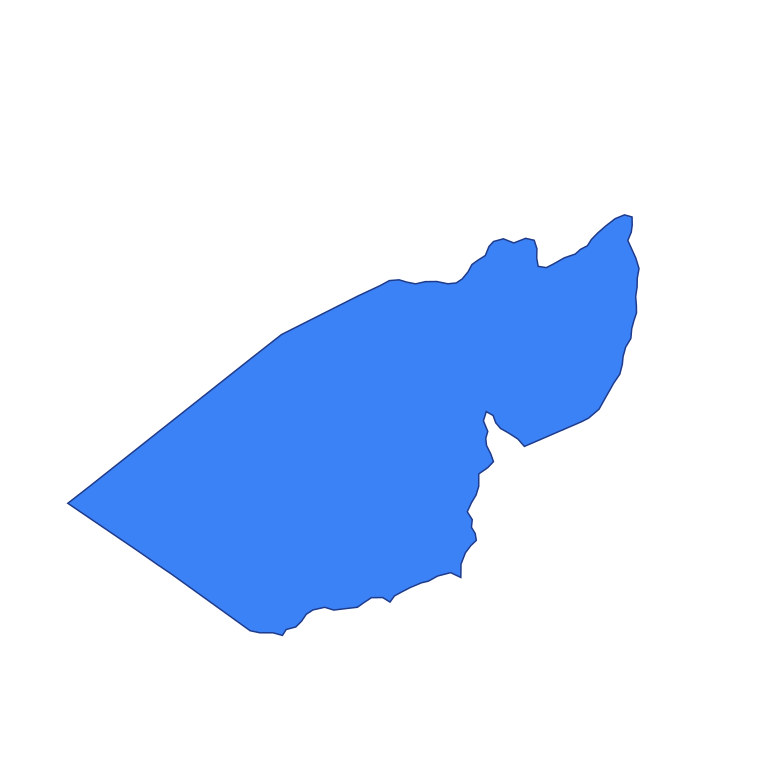 the district of Riacho dos Cavalos, Paraíba, Brazil, rotated 305°
{"feature_id": "56859067B6406172086981", "entity_name": "Riacho dos Cavalos", "entity_type": "district", "adm_level": 2, "iso_a3": "BRA", "parent_name": "Brazil", "parent_adm1": "Paraíba", "projection": "albers", "projection_center": [-37.603, -6.47], "detail": "fine", "context": "isolated", "style": "filled", "palette": "blue", "viewbox_px": 768, "rotation_deg": 305, "n_neighbors": 0, "source": "geoboundaries", "source_scale": "gbopen_adm2", "svg_char_len": 1599}
<svg xmlns="http://www.w3.org/2000/svg" viewBox="0 0 768 768"><g transform="rotate(305 384 384)"><path d="M105.1,415.8L109.0,425.0L116.5,435.7L119.8,445.0L126.8,444.7L134.4,451.1L142.4,452.5L150.8,452.4L158.2,455.4L167.1,463.5L170.0,472.5L178.0,481.4L185.9,490.3L192.5,492.6L201.7,496.2L208.3,505.4L208.8,514.0L216.4,514.1L223.1,517.4L232.3,522.2L242.5,528.6L247.9,533.4L257.5,538.1L267.7,546.8L269.6,557.9L280.6,550.4L292.4,547.5L301.3,547.8L308.9,549.3L313.8,544.5L316.8,537.8L323.5,534.1L327.1,525.5L337.1,523.7L345.9,523.1L354.5,520.3L364.7,513.2L375.1,517.0L383.2,518.2L388.0,511.5L392.4,503.3L397.9,498.5L404.7,496.2L410.8,486.6L420.0,483.6L420.8,491.4L416.3,497.8L414.4,505.1L415.3,513.7L415.7,525.2L413.4,534.8L466.5,567.5L473.5,571.2L486.7,574.6L501.5,573.1L509.3,572.4L516.0,571.7L527.4,571.5L536.9,567.9L543.4,564.2L552.8,560.8L562.9,560.1L571.4,555.2L579.4,552.3L587.0,550.1L593.1,545.7L600.0,540.0L608.6,535.7L615.9,530.8L624.8,526.7L631.5,518.2L641.4,501.4L650.1,499.5L656.5,496.2L663.1,491.4L660.5,484.0L652.0,478.5L641.0,475.1L630.6,472.5L621.4,471.0L613.8,471.3L607.0,467.7L600.1,466.1L590.9,459.4L579.4,453.9L572.4,450.2L568.8,442.8L574.7,436.9L582.5,431.7L587.9,424.6L584.6,416.5L574.0,409.4L571.4,398.5L563.6,392.0L556.9,391.1L547.4,393.3L539.5,390.0L532.3,387.5L524.1,388.5L514.9,387.8L508.2,385.2L502.7,378.8L498.2,368.4L491.6,359.2L484.2,352.5L480.6,344.4L478.0,336.6L471.8,329.1L462.2,324.3L451.1,317.9L441.2,312.2L365.8,271.7L328.9,260.5L128.6,200.7L104.9,193.4L106.1,279.9L106.1,302.9L106.4,318.8L105.1,415.8Z" fill="#3b82f6" stroke="#1e3a8a" stroke-width="1.5"/></g></svg>